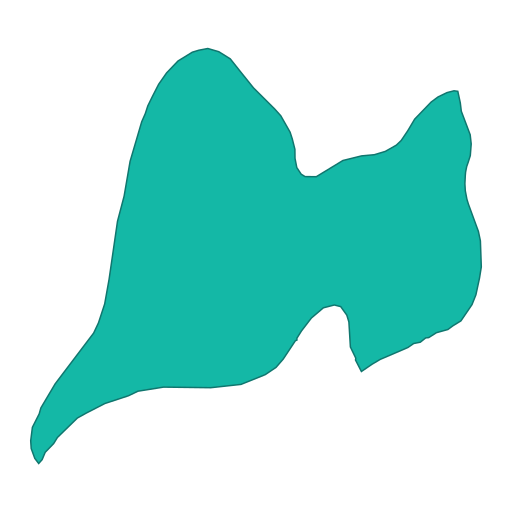 the district of Chiché, Quiché, Guatemala
{"feature_id": "79465075B58448783087993", "entity_name": "Chiché", "entity_type": "district", "adm_level": 2, "iso_a3": "GTM", "parent_name": "Guatemala", "parent_adm1": "Quiché", "projection": "equal_earth", "projection_center": [-91.034, 15.008], "detail": "fine", "context": "isolated", "style": "filled", "palette": "teal", "viewbox_px": 512, "rotation_deg": 0, "n_neighbors": 0, "source": "geoboundaries", "source_scale": "gbopen_adm2", "svg_char_len": 1492}
<svg xmlns="http://www.w3.org/2000/svg" viewBox="0 0 512 512"><path d="M457.8,91.3L454.0,90.8L447.0,92.6L438.1,96.9L431.2,102.0L414.7,119.1L407.8,130.7L401.2,140.5L396.4,145.1L385.3,151.4L374.4,154.7L361.5,155.9L350.6,158.6L342.9,160.5L316.3,176.7L305.1,176.6L301.2,174.2L296.8,167.6L295.0,158.3L294.9,149.3L292.3,139.0L290.1,132.2L280.8,115.8L274.8,109.1L253.5,87.9L240.4,71.6L230.3,58.9L218.8,51.7L207.8,48.5L198.9,50.2L192.3,52.2L178.0,61.0L166.6,72.9L158.7,84.2L152.4,96.5L147.8,105.9L145.3,113.6L141.7,121.8L130.1,161.3L124.1,196.2L117.5,221.3L109.1,279.2L104.7,303.9L98.5,322.8L93.7,333.0L55.2,383.8L40.9,407.9L39.2,413.9L32.4,427.3L30.7,440.7L31.2,448.5L34.8,458.4L38.7,463.5L42.1,459.7L45.2,452.3L53.7,443.5L57.4,437.5L77.4,418.0L86.4,413.0L104.9,403.5L128.6,395.7L137.9,391.2L163.6,387.1L195.5,387.5L210.7,387.7L241.0,384.4L265.3,374.6L276.0,367.4L283.2,359.1L295.4,340.7L296.9,340.1L296.9,338.2L301.5,330.9L311.4,318.0L323.4,307.8L334.3,305.0L340.7,306.6L346.8,315.1L348.9,322.0L350.4,347.0L355.8,358.2L355.5,360.0L361.4,371.5L372.1,364.2L380.2,359.4L407.9,347.5L413.7,343.5L420.3,342.2L425.7,337.9L428.7,337.6L436.4,332.7L447.9,329.5L452.9,325.8L460.9,320.9L468.2,310.2L472.0,304.6L475.9,294.8L479.5,278.1L481.3,266.9L480.4,240.9L478.4,231.4L469.5,207.1L468.4,204.1L466.9,199.2L465.3,190.8L464.9,183.7L465.3,175.4L465.6,172.0L466.7,166.5L468.1,162.5L470.3,155.6L471.2,144.0L470.2,134.8L461.3,111.2L460.3,102.9L457.8,91.3Z" fill="#14b8a6" stroke="#0f766e" stroke-width="1.5"/></svg>